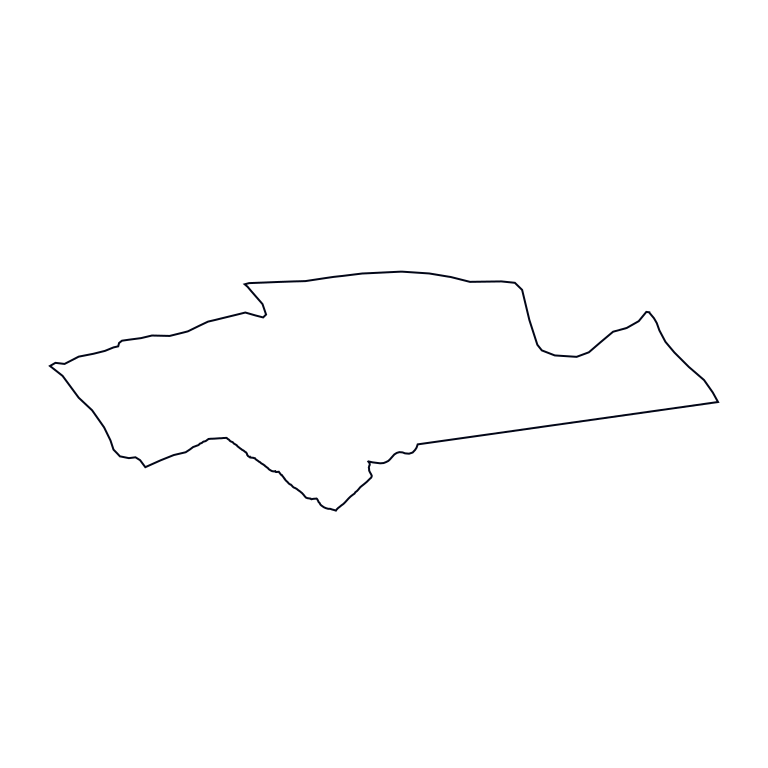 Tunduma, Mbeya, United Republic of Tanzania, rotated 320°
{"feature_id": "72390352B1593050996578", "entity_name": "Tunduma", "entity_type": "district", "adm_level": 2, "iso_a3": "TZA", "parent_name": "United Republic of Tanzania", "parent_adm1": "Mbeya", "projection": "mercator", "projection_center": [32.774, -9.303], "detail": "fine", "context": "isolated", "style": "outline", "palette": "ink", "viewbox_px": 768, "rotation_deg": 320, "n_neighbors": 0, "source": "geoboundaries", "source_scale": "gbopen_adm2", "svg_char_len": 4294}
<svg xmlns="http://www.w3.org/2000/svg" viewBox="0 0 768 768"><g transform="rotate(320 384 384)"><path d="M633.4,499.7L631.3,497.4L619.5,499.6L606.0,497.1L602.4,495.5L593.1,491.2L576.6,491.2L561.3,491.4L554.3,488.9L549.0,487.0L540.1,478.5L533.2,471.9L526.5,459.7L526.7,452.5L536.5,428.4L550.3,400.7L549.3,390.6L539.9,380.9L515.5,361.0L507.2,349.5L503.8,344.8L502.2,343.0L489.7,328.4L470.0,309.5L469.3,308.9L443.1,289.0L438.4,285.4L421.6,274.5L418.8,272.6L414.3,269.6L408.0,265.7L390.0,254.7L385.8,251.4L381.3,247.8L368.5,237.8L357.6,229.4L354.9,227.3L345.5,220.0L341.4,218.1L342.0,221.9L342.0,227.6L342.1,233.3L342.3,244.7L338.3,255.0L334.2,255.3L329.7,249.0L323.7,240.1L320.8,238.7L316.1,236.4L300.3,228.6L295.8,226.4L289.3,223.1L280.1,220.7L267.6,217.6L264.2,216.0L250.7,209.4L237.4,197.7L227.4,192.7L216.9,186.0L211.1,182.4L207.4,182.3L204.6,184.3L200.3,182.1L191.6,179.3L184.8,176.0L180.9,174.1L167.7,166.8L152.2,163.3L145.9,156.6L139.7,155.5L143.0,171.2L141.3,198.3L143.5,216.5L141.7,237.3L138.2,251.4L134.6,260.4L135.0,265.7L135.2,269.7L136.2,270.9L140.9,276.8L146.5,280.4L148.2,285.6L147.9,290.5L147.7,294.3L163.9,298.9L177.3,303.3L188.2,308.8L193.3,309.4L197.3,309.6L198.6,310.1L200.0,310.6L201.0,310.9L201.8,311.3L202.9,311.5L203.9,311.5L204.4,311.3L205.1,311.5L205.8,311.8L207.0,312.1L207.7,312.0L208.7,312.1L209.9,312.8L211.4,313.2L212.5,313.2L213.5,313.3L214.2,313.3L216.1,314.6L218.0,316.1L219.3,317.1L219.6,317.3L222.9,319.7L224.8,321.2L226.2,322.1L226.6,322.4L227.2,322.9L227.9,323.4L228.6,323.9L228.9,324.6L228.9,325.0L228.9,325.4L229.3,326.6L229.5,327.4L229.4,328.0L229.4,328.4L229.5,328.7L229.7,329.4L229.9,329.9L230.3,330.6L230.5,330.9L230.7,331.4L230.7,331.9L230.7,332.5L230.8,333.5L231.1,334.1L231.2,334.5L231.5,335.2L231.6,335.7L231.8,336.2L231.8,336.9L231.7,337.6L231.9,338.2L232.4,340.7L232.5,341.2L232.7,341.8L232.9,342.6L233.0,343.3L233.1,343.6L233.4,344.1L233.5,344.4L233.7,345.1L233.9,346.3L234.2,347.6L234.4,347.8L234.3,348.5L234.2,349.1L234.1,349.5L233.9,349.8L233.6,350.4L233.7,351.1L233.5,351.6L233.8,352.7L234.1,353.6L234.5,353.7L234.3,354.4L234.9,354.9L235.3,355.4L235.9,356.0L236.3,356.3L236.6,357.0L237.4,357.8L237.3,358.3L237.3,358.9L237.4,359.4L237.6,360.3L237.9,361.3L238.2,362.5L238.4,363.5L238.7,363.9L239.0,366.0L239.3,366.7L239.6,367.7L239.8,368.0L240.0,369.1L240.2,369.5L240.2,370.0L240.2,370.5L240.3,370.9L240.5,371.6L240.7,372.7L240.9,373.2L241.0,373.6L241.0,374.3L241.0,374.7L241.0,375.3L241.1,375.5L241.3,376.3L241.7,377.4L241.7,377.5L242.2,378.7L242.9,379.6L243.1,379.8L243.5,380.2L244.3,380.7L244.5,380.8L244.4,380.9L244.4,381.6L245.0,382.3L247.0,383.6L246.9,384.6L246.9,385.4L246.8,386.8L246.9,387.9L247.2,388.1L247.1,388.7L247.1,390.2L247.0,391.6L247.0,392.3L246.9,392.3L246.8,393.3L246.8,394.4L246.8,394.9L246.9,395.8L247.1,397.3L247.1,397.9L247.1,398.6L247.2,399.5L247.4,400.2L247.5,400.5L247.8,400.9L247.9,401.0L247.9,401.4L248.0,401.8L248.1,402.5L248.1,403.4L248.1,404.0L248.2,404.6L248.4,405.4L249.1,406.7L249.7,408.3L250.0,410.0L250.7,412.6L250.8,413.3L250.9,414.0L251.1,414.8L251.2,417.5L251.1,419.0L251.2,420.5L251.2,420.9L252.0,422.3L253.2,423.6L253.8,424.4L254.1,424.6L254.1,425.1L254.4,425.7L255.1,426.0L256.3,426.7L257.5,427.6L258.7,428.4L258.8,429.2L258.5,430.8L258.0,432.6L258.2,433.5L258.1,434.1L257.8,435.4L257.9,436.7L258.7,439.7L259.6,441.6L261.0,443.7L262.6,445.1L263.0,445.8L263.6,446.8L264.8,448.5L265.6,449.8L265.7,450.0L265.8,450.1L267.0,449.7L269.2,449.5L271.1,449.6L273.3,449.6L275.8,449.8L278.3,449.6L281.2,449.2L283.3,448.9L286.1,448.7L288.8,448.8L291.0,449.0L292.4,448.5L294.7,448.6L296.8,448.3L299.4,447.8L301.4,447.8L304.5,447.9L308.0,447.9L310.2,447.7L311.4,447.6L312.5,447.5L313.9,447.5L315.0,447.0L315.7,446.3L316.1,444.8L316.3,443.6L316.7,441.6L317.2,440.4L318.0,439.5L318.7,438.2L319.2,437.9L320.1,437.2L321.1,436.8L322.0,435.5L322.1,434.1L322.1,433.3L322.3,433.3L324.9,436.7L328.8,440.9L330.1,442.3L332.9,444.3L335.3,445.1L337.8,445.7L340.0,445.6L342.6,445.2L346.6,444.6L349.5,445.0L352.0,446.1L354.3,448.4L355.5,450.6L358.4,453.5L361.9,454.9L365.4,454.5L368.0,453.7L371.0,451.9L432.8,490.5L486.2,523.8L628.3,612.5L630.4,601.8L631.7,586.7L628.5,567.0L626.7,546.5L626.7,532.6L629.4,520.0L632.1,512.7L632.7,509.4L633.1,507.0L633.1,500.3L633.4,499.7Z" fill="none" stroke="#020617" stroke-width="2"/></g></svg>